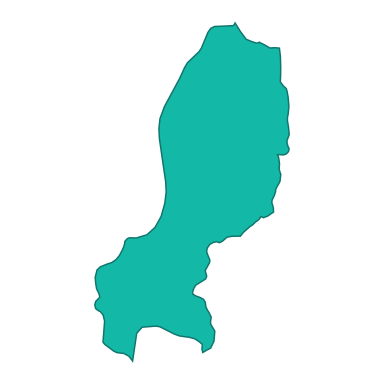 Western, Natural Earth projection
{"feature_id": "RWA-3492", "entity_name": "Western", "entity_type": "Province", "adm_level": 1, "iso_a3": "RWA", "parent_name": "Rwanda", "parent_adm1": "", "projection": "natural_earth1", "projection_center": [29.348, -2.109], "detail": "fine", "context": "isolated", "style": "filled", "palette": "teal", "viewbox_px": 384, "rotation_deg": 0, "n_neighbors": 0, "source": "natural_earth", "source_scale": "10m", "svg_char_len": 2282}
<svg xmlns="http://www.w3.org/2000/svg" viewBox="0 0 384 384"><path d="M202.8,352.5L201.9,348.8L202.3,345.5L202.1,344.2L199.2,341.7L194.8,338.8L189.8,337.4L179.7,336.0L174.4,334.1L159.9,326.8L156.0,326.1L142.1,327.2L136.7,333.3L132.6,361.0L128.9,356.2L124.0,353.5L116.9,352.6L113.7,351.1L104.8,344.4L103.0,342.2L104.6,321.1L103.0,314.7L100.5,311.8L97.8,310.3L95.7,308.6L94.8,305.1L95.7,301.4L99.8,297.2L99.0,293.8L96.6,288.8L95.7,283.3L95.2,277.4L97.0,270.1L100.3,266.8L106.8,264.2L111.7,262.6L115.9,259.7L119.3,255.7L122.0,250.7L123.8,246.6L124.6,243.7L124.9,241.3L127.4,238.6L129.4,237.8L136.3,238.0L146.9,234.8L155.1,227.3L161.1,216.5L164.8,203.4L166.2,191.9L165.7,182.0L159.4,138.6L158.9,128.5L160.0,118.6L164.5,106.5L173.4,90.0L179.5,78.7L184.6,67.6L187.5,62.7L199.0,51.7L201.4,48.1L207.9,32.5L210.7,28.4L214.5,26.5L232.7,25.7L233.3,25.5L233.8,25.1L234.3,24.5L235.1,23.0L236.2,24.8L240.4,31.5L246.2,39.3L251.3,41.4L255.9,43.0L257.8,43.0L259.4,42.2L260.3,42.9L261.6,43.4L265.5,45.4L269.9,48.0L274.7,47.7L279.4,48.1L280.4,56.4L280.7,67.7L280.6,75.8L280.3,81.8L283.3,85.9L285.9,88.2L286.5,89.2L287.2,92.0L288.1,97.0L288.9,106.3L288.2,113.9L287.5,117.1L287.4,120.5L288.5,127.3L289.2,134.6L287.9,138.2L287.0,140.3L287.1,143.4L288.0,146.4L289.1,148.7L288.5,151.6L286.3,153.9L283.6,154.9L280.0,154.7L277.5,154.7L278.6,157.5L279.5,163.6L279.2,169.4L280.1,172.5L280.8,174.4L280.5,176.7L280.3,179.1L279.9,181.6L278.3,184.6L277.1,186.5L276.5,187.9L275.6,189.6L275.6,191.6L274.3,195.5L272.1,200.1L271.8,202.9L272.5,204.6L273.4,208.4L273.5,212.2L271.5,213.4L269.0,215.2L267.3,216.3L265.4,216.9L263.6,217.7L262.1,217.1L260.9,216.5L259.9,218.2L258.5,219.9L255.4,222.1L252.8,224.7L249.7,226.8L243.7,232.1L240.2,236.3L238.8,236.1L236.0,236.2L231.8,236.3L227.0,237.2L222.6,241.1L219.5,242.7L216.8,241.7L213.3,242.4L209.7,244.5L207.3,247.9L206.6,251.6L208.2,256.1L209.8,260.0L209.6,262.5L207.2,266.9L205.2,270.6L205.9,273.2L206.7,276.3L205.7,278.9L200.8,282.0L195.8,285.1L193.7,288.6L192.6,292.2L192.8,294.1L195.7,295.9L200.1,297.5L203.4,299.2L205.3,302.3L205.8,306.5L207.3,309.9L209.1,312.7L210.3,315.4L211.2,317.1L210.8,319.8L210.5,322.4L210.8,324.3L212.0,326.4L214.8,331.1L214.0,341.1L210.7,348.0L208.5,349.3L207.3,349.8L202.8,352.5Z" fill="#14b8a6" stroke="#0f766e" stroke-width="1.5"/></svg>